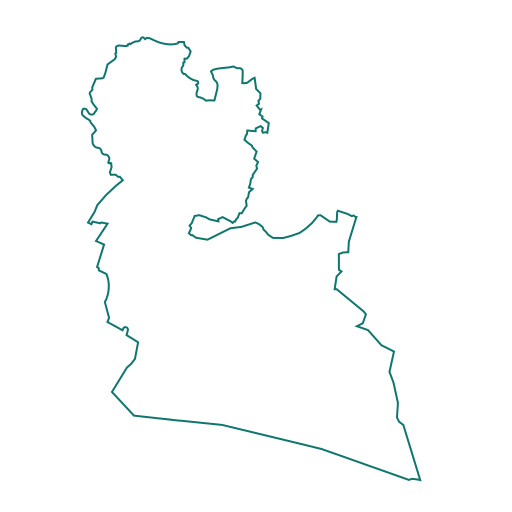 Ath-Thawrah, Ar Raqqah, Syria, rotated 7°
{"feature_id": "27442178B46572819209410", "entity_name": "Ath-Thawrah", "entity_type": "district", "adm_level": 2, "iso_a3": "SYR", "parent_name": "Syria", "parent_adm1": "Ar Raqqah", "projection": "natural_earth1", "projection_center": [38.3, 35.804], "detail": "fine", "context": "isolated", "style": "outline", "palette": "teal", "viewbox_px": 512, "rotation_deg": 7, "n_neighbors": 0, "source": "geoboundaries", "source_scale": "gbopen_adm2", "svg_char_len": 5847}
<svg xmlns="http://www.w3.org/2000/svg" viewBox="0 0 512 512"><g transform="rotate(7 256 256)"><path d="M154.3,429.3L197.4,428.8L202.9,428.6L243.0,427.8L328.7,437.7L344.7,439.6L435.0,459.6L437.9,458.2L440.2,458.1L442.2,458.1L444.3,458.2L446.3,458.4L422.8,405.7L418.2,403.1L415.6,399.1L414.8,384.6L407.9,364.9L402.6,354.8L404.6,334.0L391.4,329.3L376.2,315.9L364.7,313.4L370.2,309.7L372.2,300.5L369.6,297.9L340.1,279.1L338.1,279.4L338.5,266.5L342.7,260.9L340.0,259.6L338.0,244.0L341.9,241.9L347.1,241.0L346.4,230.3L350.9,205.0L349.7,205.0L348.0,203.9L346.1,204.7L341.8,203.1L331.8,201.1L331.2,202.5L331.8,209.9L331.6,212.3L325.1,212.9L315.1,207.7L312.5,208.2L311.5,210.4L307.6,216.4L302.0,222.8L296.3,227.9L288.3,231.8L280.8,234.8L270.7,236.0L265.5,233.4L262.3,230.3L260.4,229.0L258.9,226.3L254.6,223.8L251.1,222.8L238.2,228.8L227.2,231.6L205.9,245.7L194.3,245.2L190.2,243.0L189.1,243.3L186.6,241.6L188.3,236.3L186.4,233.8L188.1,231.5L190.3,223.7L194.8,222.4L201.7,223.7L205.4,225.3L214.5,226.2L213.9,224.1L218.1,221.5L226.7,224.7L228.8,226.0L230.1,224.3L231.2,224.3L231.6,222.4L233.2,220.2L234.4,215.5L236.6,215.4L239.4,209.2L240.6,207.3L239.3,202.3L239.9,200.3L241.0,198.7L241.3,193.5L244.5,189.9L240.6,189.0L241.5,184.9L241.6,180.2L243.1,178.2L242.9,175.8L246.4,169.2L245.3,166.2L246.6,162.5L242.3,159.6L243.9,152.3L239.1,148.4L238.7,147.1L233.5,144.2L230.4,142.0L231.3,137.5L232.1,136.3L232.1,132.5L240.4,132.2L240.2,129.4L244.7,126.5L247.2,128.1L246.8,131.3L247.9,132.8L250.6,131.9L252.2,132.3L252.5,122.5L245.2,118.7L245.5,116.8L242.0,114.9L243.2,109.9L242.3,110.5L238.3,106.6L240.4,104.5L239.5,101.7L241.1,99.4L240.9,97.9L240.6,94.0L235.8,90.2L232.9,79.3L230.6,80.8L226.1,85.2L222.9,86.0L221.3,86.0L220.8,78.7L220.4,75.3L220.4,74.8L220.3,74.2L220.2,73.8L220.0,73.4L219.8,73.0L219.5,72.7L219.2,72.3L218.8,72.1L218.4,71.9L218.1,71.7L217.6,71.6L217.1,71.6L215.3,71.8L214.6,71.8L213.8,71.7L212.6,71.4L211.8,71.2L211.1,70.8L210.4,70.7L206.5,72.0L195.3,74.6L190.9,76.3L188.8,78.2L191.3,82.1L191.5,82.9L191.7,83.8L192.0,84.6L192.5,85.3L192.9,85.9L193.5,86.5L194.0,86.9L194.9,87.5L195.5,88.0L196.0,88.6L196.4,89.3L196.8,90.2L197.0,91.0L197.2,94.7L195.8,106.7L190.4,107.2L187.3,107.9L186.4,107.3L185.5,106.8L184.5,106.3L183.5,106.0L182.6,105.7L181.6,105.5L180.5,105.3L179.3,105.3L178.8,105.1L178.4,105.0L178.1,104.8L177.9,104.5L177.6,104.2L177.5,103.7L177.3,103.1L177.2,102.3L177.2,101.5L177.3,100.7L177.4,100.0L177.5,99.2L177.7,98.5L177.8,98.0L177.8,97.4L177.8,96.8L177.7,96.3L177.6,95.9L177.2,95.2L176.9,94.8L176.6,94.5L175.9,93.8L175.7,93.6L175.7,93.4L175.8,93.2L176.1,92.8L176.6,92.7L176.9,92.5L177.3,92.2L177.5,91.8L177.6,91.3L177.5,90.8L177.4,90.3L177.1,89.9L176.7,89.6L176.3,89.5L174.0,89.2L172.9,89.0L171.9,88.8L170.3,88.2L168.8,87.6L167.3,86.8L166.0,86.0L164.6,85.0L164.2,84.5L163.8,84.2L163.4,84.0L163.0,84.0L162.5,84.0L162.1,84.1L161.7,83.9L161.1,83.5L160.7,83.0L160.2,82.5L159.9,81.9L159.6,81.2L159.4,80.5L159.3,79.7L159.3,79.0L159.4,78.3L159.7,77.5L159.9,77.0L160.6,75.9L160.3,72.9L161.4,72.4L161.0,68.9L163.5,68.4L165.1,65.9L166.2,61.0L163.5,57.6L161.8,57.6L159.4,55.5L158.4,52.4L153.1,53.0L152.5,54.5L150.3,55.3L148.0,56.0L147.3,56.1L145.3,56.4L143.7,56.5L141.9,56.6L139.8,56.5L137.8,56.4L135.6,56.1L133.7,55.8L132.1,55.4L130.4,54.9L127.9,54.1L123.9,52.8L121.0,52.8L119.5,54.3L117.8,53.0L117.3,52.8L116.8,52.8L116.4,52.9L116.2,53.0L115.9,53.2L115.6,53.5L115.4,53.9L115.1,54.8L114.7,55.6L114.2,56.3L113.9,56.6L113.5,56.9L113.0,57.2L112.4,57.4L111.7,57.5L111.1,57.5L110.1,57.9L109.2,58.3L108.2,58.9L107.2,59.5L106.4,60.2L105.5,61.1L104.7,60.6L102.9,61.8L103.1,62.7L101.6,63.5L94.0,63.8L91.9,65.0L91.5,66.1L92.5,71.2L91.7,72.3L92.9,75.2L91.8,77.9L85.3,84.0L84.2,92.4L83.2,96.9L83.1,97.3L82.9,97.6L82.6,97.8L82.3,98.1L82.0,98.2L81.7,98.4L75.5,99.6L72.9,108.7L73.2,110.1L73.3,111.1L71.8,113.2L71.5,113.5L71.3,113.9L71.2,114.3L71.1,114.6L71.1,114.9L71.2,115.2L71.3,115.5L71.5,115.9L71.8,116.2L73.8,120.4L73.9,122.5L76.1,125.2L80.2,129.3L79.9,130.5L77.5,134.9L76.9,135.3L76.3,135.5L75.5,135.7L74.8,135.7L74.0,135.5L73.2,135.2L70.1,131.5L69.4,130.8L67.2,130.7L66.2,131.5L65.7,133.9L65.7,134.5L65.7,134.9L65.9,135.8L66.2,136.5L66.6,137.2L66.9,137.5L67.3,137.8L67.6,138.0L68.1,138.3L69.3,139.1L70.3,139.7L71.5,140.3L72.8,140.8L74.9,141.9L75.5,143.5L79.8,147.6L81.9,150.8L80.2,153.4L78.6,155.6L80.1,163.9L80.5,164.8L81.0,165.5L81.6,166.1L82.1,166.6L82.8,167.1L83.5,167.4L84.2,167.7L85.0,167.8L85.8,167.9L86.6,167.9L86.9,167.9L87.5,168.1L88.1,168.4L88.5,168.7L88.8,169.0L89.3,169.6L89.7,170.3L90.0,171.4L90.3,171.9L90.7,172.6L91.2,173.0L92.0,173.5L92.7,173.7L93.4,173.8L94.4,173.7L94.9,173.7L95.6,173.8L96.2,174.0L96.7,174.4L97.3,174.9L98.3,176.3L98.6,177.7L98.1,180.6L98.0,180.9L98.0,181.2L98.1,181.4L98.2,181.6L98.4,181.8L98.7,181.9L98.9,181.9L99.3,181.8L99.7,181.5L99.9,181.4L100.2,181.4L100.4,181.4L100.7,181.5L100.9,181.6L101.1,181.9L101.2,182.1L101.2,182.4L101.1,182.7L101.8,185.1L101.5,187.1L100.8,190.9L102.0,193.1L105.0,192.6L105.5,192.5L106.3,192.5L106.8,192.6L107.4,192.8L107.9,193.1L108.3,193.5L108.6,193.7L109.0,193.9L109.4,194.1L109.9,194.2L110.5,194.2L111.2,193.9L114.5,197.1L108.5,203.3L99.6,214.0L92.3,224.8L90.4,231.9L85.2,243.3L88.8,244.5L89.5,241.8L97.4,242.5L98.3,241.6L104.7,242.0L95.4,260.6L103.8,263.2L99.6,286.3L101.4,287.2L101.8,289.4L109.7,292.1L110.5,293.7L111.1,295.0L111.7,296.4L112.3,298.0L112.6,299.1L113.0,300.5L113.3,302.0L113.5,303.4L113.6,304.6L113.8,306.0L113.8,307.5L113.8,308.9L113.8,310.1L113.7,311.6L113.5,313.0L113.2,314.5L112.9,315.9L112.6,317.3L112.1,318.7L111.6,320.1L117.7,335.3L116.6,339.6L132.6,346.0L133.3,343.6L133.7,343.1L134.1,342.9L134.4,342.7L135.1,342.5L135.8,342.6L136.1,342.6L136.5,342.8L137.0,343.1L137.4,343.6L137.7,344.2L137.9,344.8L137.9,345.0L137.2,350.3L149.5,356.0L148.4,372.8L145.2,378.3L141.5,382.4L129.6,408.5L154.3,429.3Z" fill="none" stroke="#0f766e" stroke-width="2"/></g></svg>